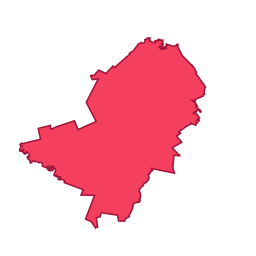 outline of Vallecillo, Nuevo León, Mexico, rotated 225°
{"feature_id": "50627088B49667665932630", "entity_name": "Vallecillo", "entity_type": "district", "adm_level": 2, "iso_a3": "MEX", "parent_name": "Mexico", "parent_adm1": "Nuevo León", "projection": "albers", "projection_center": [-99.794, 26.639], "detail": "fine", "context": "isolated", "style": "filled", "palette": "rose", "viewbox_px": 256, "rotation_deg": 225, "n_neighbors": 0, "source": "geoboundaries", "source_scale": "gbopen_adm2", "svg_char_len": 5644}
<svg xmlns="http://www.w3.org/2000/svg" viewBox="0 0 256 256"><g transform="rotate(225 128 128)"><path d="M178.1,205.1L177.7,204.6L177.8,204.5L177.7,204.3L177.9,203.6L178.6,202.3L178.5,202.2L177.9,202.2L177.5,201.8L176.9,199.5L177.0,199.0L177.7,198.0L178.0,197.9L178.5,197.9L179.3,197.8L179.4,197.5L179.3,196.7L179.4,196.1L179.7,195.5L180.1,195.1L178.8,185.5L179.2,184.8L179.4,184.7L179.5,182.5L179.8,181.9L179.8,181.5L179.3,181.3L179.2,181.5L178.8,181.1L178.9,179.6L179.2,178.2L180.3,161.1L182.4,161.3L182.2,151.5L181.7,151.5L181.8,151.0L184.5,150.1L189.7,148.2L189.2,141.3L189.8,140.8L190.6,139.9L191.4,138.6L187.5,136.8L183.8,141.8L175.7,116.6L157.6,110.9L155.7,110.3L155.3,110.3L155.1,110.1L162.2,91.6L171.0,95.2L179.2,78.8L181.6,72.6L183.8,74.0L184.7,74.9L191.2,64.2L181.9,58.2L191.6,42.2L192.4,42.1L192.8,41.8L192.6,39.8L191.8,39.7L190.8,39.9L190.5,40.1L190.0,40.2L189.9,39.9L190.5,39.1L190.6,38.7L190.1,37.8L189.6,37.2L189.4,36.3L188.8,35.6L188.5,35.3L188.0,35.2L187.6,35.4L187.0,36.1L187.2,38.0L187.1,38.6L186.7,38.9L186.0,38.4L185.9,38.1L185.8,37.4L185.3,37.1L185.3,36.7L185.1,36.5L184.9,36.5L184.3,36.7L184.0,37.0L183.6,36.5L183.1,36.4L182.8,36.5L182.0,37.2L182.0,37.8L182.0,38.0L182.6,38.4L183.1,38.6L182.9,39.5L182.2,39.8L181.5,39.5L181.1,39.5L180.5,39.7L179.0,39.4L178.0,38.8L177.9,38.6L178.2,38.3L178.2,38.1L178.1,37.9L177.6,37.6L177.7,37.1L178.0,37.2L178.3,37.0L178.6,37.2L178.9,37.1L178.9,36.5L178.8,36.3L177.9,35.8L176.5,35.4L174.8,35.6L174.3,35.9L174.1,35.8L173.4,35.2L173.4,34.7L173.0,34.3L172.6,34.2L172.0,34.5L171.7,35.1L171.6,35.4L172.0,37.1L171.9,37.4L171.7,37.7L171.6,38.3L170.9,38.5L170.5,38.3L170.2,38.4L169.8,38.6L168.9,39.4L168.0,40.1L167.5,40.3L166.4,40.4L166.0,41.6L165.5,42.1L163.1,42.1L162.8,41.9L162.3,41.0L161.7,40.6L161.3,40.6L160.5,41.0L158.6,41.6L158.2,41.7L157.8,42.3L157.6,42.6L157.6,43.0L157.5,43.7L157.7,44.5L157.6,45.0L157.3,45.1L156.2,45.2L155.3,45.1L154.4,45.3L153.5,45.3L153.3,45.0L153.4,44.7L153.8,44.1L154.2,43.8L155.0,43.6L155.8,43.7L156.0,43.6L156.3,43.1L156.1,42.1L155.7,41.9L154.1,42.0L153.8,42.2L153.9,42.9L153.0,42.7L152.5,42.9L152.0,43.6L151.3,45.0L151.5,46.2L151.6,46.4L152.0,46.5L152.5,46.9L153.0,47.0L153.8,46.9L154.4,47.0L154.8,47.3L155.0,47.7L154.3,48.1L153.3,47.9L153.2,48.0L152.0,47.9L151.2,47.6L150.3,47.6L149.1,46.8L148.8,46.3L148.7,45.6L147.6,43.1L147.1,42.4L146.8,42.2L146.1,42.2L145.7,42.6L145.6,42.8L145.7,43.4L145.5,44.0L145.2,44.1L145.0,43.9L145.1,43.2L145.0,42.9L144.7,42.8L143.7,43.1L143.5,43.8L142.4,45.0L142.0,45.3L140.9,45.6L140.8,45.2L140.4,44.8L140.3,44.3L140.4,44.1L141.7,43.3L141.9,43.0L141.2,42.4L140.5,42.4L140.1,42.7L139.3,43.6L138.8,44.6L138.1,44.9L137.6,45.3L136.2,45.8L135.5,45.9L135.0,45.7L135.1,45.1L135.0,44.8L134.5,44.3L116.0,52.7L113.9,47.3L104.0,56.7L93.6,33.5L88.0,35.8L80.2,34.4L80.3,34.9L80.3,35.2L79.3,36.3L87.1,42.4L84.9,45.4L86.9,48.7L87.0,49.2L77.9,55.8L77.8,56.0L77.7,56.1L73.7,58.9L71.4,57.3L71.2,57.4L70.6,56.7L68.9,55.5L65.2,59.2L64.4,59.9L65.1,61.0L65.6,62.3L64.4,66.1L65.7,67.6L65.9,69.2L68.3,75.2L69.0,75.7L69.6,76.9L70.0,76.9L70.6,77.6L70.3,78.8L70.4,80.0L69.5,80.8L68.9,81.7L68.9,82.6L68.0,82.8L67.5,84.0L67.7,84.5L67.9,84.6L68.1,85.2L68.7,85.9L69.4,85.6L69.9,85.9L69.9,86.8L70.3,88.2L70.5,88.2L71.3,89.2L71.7,89.3L74.2,91.2L75.4,91.1L76.3,92.4L76.2,93.2L76.7,93.8L76.8,95.4L76.6,96.8L76.8,97.4L76.4,98.1L77.3,99.3L77.2,100.8L76.9,101.4L77.2,101.9L76.6,102.6L76.9,104.3L76.9,106.0L77.6,106.4L77.7,107.3L77.9,107.8L78.6,108.2L79.6,108.4L80.2,108.9L80.1,110.4L80.8,110.9L80.5,111.1L80.7,112.2L81.1,112.3L81.2,112.8L80.8,113.5L81.0,113.8L80.6,114.3L80.7,115.4L80.9,115.6L81.8,115.5L82.8,115.9L81.1,116.9L80.3,117.6L69.9,124.5L69.0,125.2L68.5,125.4L63.2,128.9L67.9,131.4L69.5,133.0L69.5,133.4L70.1,133.8L76.1,141.3L71.8,144.8L72.3,145.4L72.7,145.0L82.7,145.3L79.9,155.8L82.5,156.3L82.6,156.1L87.9,156.7L87.0,161.5L87.4,161.6L88.7,161.3L89.0,160.9L89.5,161.0L87.9,169.7L88.2,169.5L88.0,170.9L87.4,171.6L86.9,173.6L86.0,175.9L86.4,176.1L82.2,177.7L82.7,180.2L82.9,180.3L84.3,180.3L84.5,180.5L85.0,181.3L84.9,183.1L83.2,183.0L83.1,182.0L82.8,181.9L83.0,184.1L84.8,184.2L84.7,185.8L91.2,186.7L91.2,186.3L91.4,186.3L91.4,186.0L91.2,186.1L91.3,184.7L92.4,184.8L92.6,185.3L91.9,188.0L91.3,188.0L91.4,190.7L88.0,190.3L87.9,191.3L89.7,191.7L94.6,190.9L94.7,191.4L94.5,192.7L95.0,192.6L95.2,192.1L94.9,191.9L95.1,191.4L95.4,191.3L96.2,192.0L96.4,192.9L96.8,192.6L97.1,192.7L97.3,193.1L98.6,193.6L99.0,193.5L99.3,193.1L99.9,193.1L100.3,193.4L100.5,193.4L101.7,192.9L102.3,192.9L101.8,193.4L100.7,193.7L100.0,193.8L99.5,195.1L100.7,195.7L97.5,203.6L98.1,205.5L97.9,205.8L98.2,205.8L102.4,211.3L102.2,211.7L103.8,212.1L118.5,214.6L118.8,215.9L119.7,216.1L119.7,215.9L119.8,215.9L124.0,217.4L127.2,217.4L127.1,217.7L127.4,217.7L127.4,217.4L141.2,217.6L151.2,221.1L151.0,221.6L152.0,222.5L152.6,221.2L152.0,220.9L152.3,220.0L154.2,217.4L154.6,217.3L154.9,217.1L156.3,216.6L157.9,215.7L158.3,215.3L159.3,214.6L160.3,214.6L160.2,214.2L158.5,213.2L159.1,212.3L158.7,212.4L157.3,211.1L158.0,210.3L158.5,210.9L158.8,210.8L159.2,210.9L159.2,210.7L158.9,210.3L158.9,210.1L158.6,209.7L158.6,208.7L160.6,209.8L160.7,209.2L161.0,209.0L160.0,208.5L160.2,207.8L160.3,207.7L160.2,207.5L160.3,206.9L161.8,207.3L163.2,207.1L163.0,208.3L162.5,208.6L161.8,208.5L162.5,209.0L161.9,209.5L162.1,211.9L162.4,212.0L162.6,211.7L162.9,211.5L163.2,211.8L163.9,211.7L163.8,212.6L163.6,212.9L165.5,214.8L167.5,212.6L168.1,213.2L169.4,211.7L168.5,210.9L169.6,209.7L169.8,209.6L169.7,209.5L170.5,208.6L169.2,207.4L171.1,206.1L174.5,205.1L174.9,205.9L176.0,205.8L175.8,206.5L175.9,206.8L176.1,206.7L176.3,207.1L178.1,205.1Z" fill="#f43f5e" stroke="#9f1239" stroke-width="1.5"/></g></svg>